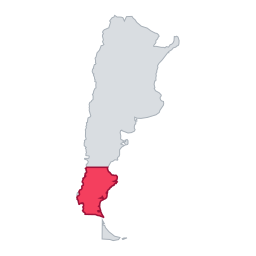 Santa Cruz highlighted on a map of Argentina
{"feature_id": "ARG-1271", "entity_name": "Santa Cruz", "entity_type": "Province", "adm_level": 1, "iso_a3": "ARG", "parent_name": "Argentina", "parent_adm1": "", "projection": "mercator", "projection_center": [-69.587, -49.195], "detail": "fine", "context": "in_parent", "style": "filled", "palette": "rose", "viewbox_px": 256, "rotation_deg": 0, "n_neighbors": 0, "source": "natural_earth", "source_scale": "10m", "svg_char_len": 8481}
<svg xmlns="http://www.w3.org/2000/svg" viewBox="0 0 256 256"><path d="M158.9,63.4L157.5,65.8L157.9,67.4L156.6,71.2L156.9,71.9L155.9,73.8L156.3,75.7L155.8,77.7L156.0,80.1L155.6,80.8L154.7,81.0L154.1,84.4L154.9,87.7L154.2,88.3L155.4,90.7L159.2,92.8L161.2,95.0L161.2,95.9L160.2,97.3L160.1,98.4L160.7,100.0L161.6,100.9L163.5,101.5L163.7,103.7L163.4,105.2L160.0,110.2L159.2,112.5L156.0,114.8L147.5,117.4L140.9,118.4L137.1,118.2L134.6,117.2L134.8,120.1L136.1,121.0L135.4,121.0L135.9,121.5L135.7,124.0L134.9,124.4L134.3,126.5L134.3,128.2L135.1,129.7L134.3,131.2L131.4,132.6L128.0,133.0L121.7,130.6L121.9,130.2L121.6,130.1L120.6,130.6L120.1,132.6L120.8,135.8L120.6,138.5L121.0,139.5L123.3,140.5L123.1,141.6L123.9,141.8L125.5,141.5L125.7,140.6L124.9,140.3L127.1,139.5L128.0,140.7L128.0,143.6L127.6,144.4L125.9,144.9L125.4,144.8L124.4,142.7L123.6,142.3L121.1,143.4L120.8,144.0L124.4,145.5L121.7,147.1L119.6,149.8L119.6,154.8L119.1,156.2L117.6,157.6L117.3,158.5L117.8,159.1L117.6,160.1L114.8,159.8L112.8,161.3L110.9,161.9L107.6,167.7L108.0,170.6L111.8,174.9L116.5,176.0L117.1,177.4L116.9,179.1L116.4,180.1L114.6,181.1L116.1,181.1L116.8,182.0L108.2,189.8L107.1,192.1L106.6,197.0L105.9,198.0L104.2,198.9L103.0,197.9L102.1,196.1L102.1,197.6L100.5,198.1L102.4,198.2L103.3,199.4L100.7,201.2L99.9,202.8L99.6,205.1L98.5,206.4L99.3,206.1L100.1,210.7L98.0,211.0L100.5,211.7L103.5,217.0L103.2,217.4L103.1,216.9L95.4,214.5L85.1,214.1L85.2,213.4L82.9,210.6L83.4,208.6L83.0,206.9L83.5,205.4L83.2,203.6L82.3,203.0L79.0,204.0L77.2,199.1L77.4,196.4L76.9,194.8L77.4,192.6L79.1,192.5L79.6,190.3L81.8,188.6L81.8,186.4L83.1,185.2L83.4,184.2L82.3,181.5L83.2,178.5L85.4,176.3L85.3,173.5L86.5,172.2L85.6,168.5L86.8,167.0L86.2,166.2L86.3,164.2L87.5,163.8L88.3,161.7L87.0,159.9L84.7,159.3L84.6,158.4L88.7,158.3L89.3,156.8L89.0,156.0L85.9,155.6L85.9,153.6L86.6,152.3L86.0,151.1L86.2,149.9L85.4,148.2L86.2,147.4L84.2,145.7L84.2,142.8L84.7,142.0L84.4,140.5L86.2,139.1L85.4,136.3L85.6,131.2L85.3,129.8L86.4,127.7L85.9,126.3L86.7,125.3L86.4,122.7L87.3,122.5L88.0,118.0L90.3,116.8L90.8,115.9L89.2,110.4L89.4,108.3L89.1,107.4L89.5,106.2L89.1,104.4L89.8,102.4L91.4,101.5L91.5,100.8L93.1,99.4L93.1,96.0L92.4,94.3L93.2,93.7L93.7,91.1L95.0,88.4L96.0,87.9L95.8,84.8L96.2,82.1L94.8,81.6L95.1,79.6L94.6,79.2L94.4,77.1L93.5,75.3L93.4,74.5L93.9,74.0L92.9,73.3L92.2,71.6L92.4,70.1L92.6,69.1L93.6,68.3L93.4,67.6L94.4,64.5L95.5,64.4L96.0,63.3L95.4,62.7L95.6,60.9L95.1,58.2L96.1,56.9L97.0,52.9L99.5,50.1L101.2,45.6L102.5,45.5L103.9,44.5L102.5,41.7L103.4,39.8L102.4,36.0L102.7,34.6L103.5,33.8L102.6,32.3L102.9,31.2L104.2,29.8L108.8,27.8L110.6,22.0L109.6,21.0L112.1,17.7L113.9,17.1L114.7,15.4L117.0,17.0L121.0,17.1L122.9,17.7L124.4,21.1L126.5,16.6L132.0,16.4L133.1,18.1L135.2,19.9L136.7,22.3L141.3,26.2L147.2,28.1L150.8,30.8L155.0,33.0L157.1,33.5L158.7,35.1L159.1,36.3L158.2,37.2L157.5,39.0L156.3,40.0L155.8,41.1L155.9,42.6L153.7,45.5L153.8,46.5L156.0,46.3L161.5,47.4L164.1,47.4L164.9,47.9L166.3,46.6L168.6,47.1L170.1,44.8L171.6,44.3L173.2,42.7L174.0,40.7L174.3,36.5L175.2,36.8L176.7,36.2L178.0,37.1L179.1,40.6L178.9,44.0L178.3,45.4L176.6,46.2L175.8,47.1L173.2,47.9L171.8,49.7L168.6,51.7L168.8,52.7L167.7,52.7L162.3,59.8L158.9,63.4ZM102.1,239.0L102.3,219.9L104.3,223.6L103.3,223.3L103.0,225.1L104.7,225.5L105.5,227.7L109.1,231.9L114.6,236.2L120.0,237.5L118.5,239.6L113.2,240.6L110.0,239.5L102.1,239.0ZM122.2,238.8L123.8,238.0L127.0,237.9L122.8,239.5L122.2,238.8ZM136.8,119.4L136.8,120.0L135.9,119.0L136.8,119.4Z" fill="#d9dde1" stroke="#a8b0b8" stroke-width="1"/><path d="M85.4,176.6L85.6,176.5L85.7,176.3L85.7,176.1L85.6,175.9L85.5,175.7L85.0,175.4L84.9,175.3L85.0,175.1L85.3,174.9L85.1,174.4L85.2,173.9L85.3,173.7L85.2,173.5L85.2,173.4L85.3,173.3L85.7,173.3L85.8,173.2L86.1,172.8L86.4,172.7L86.6,172.5L86.6,172.3L86.5,171.7L86.6,171.3L86.6,171.2L86.2,170.3L86.2,170.0L86.2,169.4L86.2,169.2L85.4,168.5L85.4,168.4L85.5,168.3L86.0,168.3L86.1,168.2L86.4,167.8L86.8,167.3L107.7,167.3L107.5,168.1L107.4,168.6L107.7,169.7L107.9,170.3L108.5,171.6L108.9,172.0L109.3,172.1L109.5,172.3L109.6,172.5L109.9,172.5L110.0,172.6L110.1,172.8L110.2,173.0L110.5,173.5L111.2,174.2L111.5,174.7L111.7,174.9L112.2,175.1L112.4,175.1L112.6,175.2L112.8,175.1L113.2,175.1L113.5,175.3L113.8,175.2L113.9,175.3L114.8,175.5L115.3,175.4L115.6,175.3L115.9,175.3L116.2,175.5L116.4,175.5L116.5,175.7L116.6,175.9L117.1,176.4L117.0,176.5L117.3,177.4L117.2,177.9L117.1,178.7L116.6,180.4L116.5,180.5L116.3,180.5L115.6,180.4L115.3,180.8L114.7,181.1L114.4,181.3L113.8,181.4L114.0,181.5L114.2,181.4L114.6,181.2L115.0,181.1L115.5,180.8L115.7,180.7L115.9,180.6L116.3,180.7L116.4,180.8L116.5,181.5L117.0,181.7L116.9,181.8L117.0,182.0L116.6,182.1L116.3,181.9L116.2,182.0L116.0,182.3L116.1,182.5L115.9,182.8L116.0,182.9L116.1,183.0L116.3,183.0L116.2,183.3L116.0,183.2L115.9,183.2L115.5,183.3L115.2,183.4L115.1,183.5L115.0,183.8L114.6,184.0L114.4,184.3L114.2,184.4L114.2,184.5L114.0,184.9L114.0,185.1L113.5,185.1L113.4,185.2L113.4,185.3L113.4,185.5L113.2,185.6L112.4,185.7L112.2,185.9L111.9,186.1L111.6,186.4L111.5,186.6L111.4,186.7L111.3,187.0L111.1,187.1L110.7,187.1L110.4,187.4L110.1,187.6L109.9,187.8L109.9,188.2L109.7,188.4L109.6,188.8L109.4,189.0L109.0,189.1L108.6,189.4L107.8,190.3L107.7,190.5L107.6,191.0L107.4,191.2L107.4,191.4L107.5,191.4L107.5,191.6L107.3,191.7L107.2,191.9L107.2,192.1L107.0,192.3L106.9,192.3L107.0,192.6L106.7,192.8L106.8,192.9L106.8,193.0L106.7,193.1L106.4,193.2L106.5,193.3L106.9,193.2L107.1,193.1L107.1,192.8L107.1,192.6L107.2,192.3L107.4,192.1L107.5,192.3L107.5,192.7L107.3,193.1L107.0,194.4L107.0,195.5L106.9,196.3L106.7,197.1L106.4,197.7L106.0,198.1L105.1,198.8L104.6,199.0L104.2,199.1L103.7,199.0L103.6,198.8L103.5,198.7L103.3,198.5L103.1,197.9L102.8,197.6L102.7,197.4L102.6,197.0L102.4,196.8L102.1,196.2L101.9,196.0L101.7,195.9L102.0,196.1L102.1,196.4L102.4,197.0L102.5,197.3L102.5,197.5L102.3,197.7L102.0,197.8L101.9,197.9L101.7,197.8L101.4,197.8L101.0,197.8L100.8,197.9L100.6,198.0L100.3,198.1L100.8,198.2L101.0,198.0L101.2,197.9L101.6,197.9L102.1,198.0L102.5,197.9L102.7,198.1L102.8,198.2L102.9,198.6L103.0,198.7L103.2,199.0L103.4,199.0L103.5,199.1L103.7,199.3L103.5,199.5L103.3,199.7L101.7,200.4L101.4,200.5L101.2,200.7L101.0,200.9L100.9,201.0L100.5,201.5L100.0,202.6L100.0,203.0L99.7,203.6L99.6,204.1L99.7,204.4L99.7,204.9L99.7,205.2L99.7,205.4L99.3,205.6L99.0,206.0L98.6,206.3L98.4,206.6L98.3,206.9L98.9,206.3L99.4,206.0L99.5,206.0L99.6,206.3L99.8,207.7L99.8,207.9L99.9,208.1L100.0,208.4L100.0,208.8L100.6,210.3L100.6,210.6L100.6,210.8L100.3,210.8L100.1,210.8L99.8,211.1L99.5,211.1L98.9,210.8L98.4,210.7L98.2,210.9L97.8,210.9L97.6,211.1L97.2,211.3L98.3,211.0L98.6,211.0L98.8,211.0L99.6,211.4L99.5,211.5L99.2,211.8L99.3,211.8L99.9,211.5L100.2,211.2L100.4,211.2L100.5,211.3L100.7,211.5L101.0,212.4L101.3,212.8L101.6,213.7L102.0,214.5L103.6,217.0L103.6,217.3L103.4,217.5L103.2,217.6L103.3,217.5L103.2,217.3L103.2,217.0L103.2,216.9L102.6,216.8L102.3,216.6L101.3,216.5L100.3,215.9L99.3,215.6L97.9,215.5L95.5,214.5L85.4,214.3L85.1,214.2L85.2,213.8L85.2,213.6L85.2,213.3L85.0,213.1L84.6,212.6L84.2,212.3L84.0,212.1L83.5,211.9L83.4,211.9L83.3,211.7L83.3,211.2L83.1,211.0L82.7,210.9L82.6,210.7L82.8,210.5L83.1,210.1L83.1,209.8L83.3,209.5L83.3,209.4L83.3,208.7L83.6,208.2L83.5,207.9L83.2,207.7L82.9,207.2L82.9,206.9L83.2,206.5L83.4,206.4L83.5,206.2L83.6,205.8L83.6,205.1L83.6,204.8L83.5,204.6L83.2,204.2L83.4,203.4L83.0,203.1L82.4,202.9L82.1,203.0L81.8,203.5L81.5,203.5L81.4,203.4L81.2,203.1L80.3,203.5L80.1,203.6L79.8,204.0L79.5,204.2L79.3,204.3L79.1,204.3L78.9,204.1L78.9,203.9L78.9,203.5L78.8,203.2L78.6,202.8L78.5,202.7L78.5,202.1L78.4,201.5L78.4,201.0L78.4,200.8L78.2,200.2L77.7,199.8L77.1,199.2L77.1,198.8L77.3,198.3L77.4,198.2L77.2,197.9L76.9,197.5L76.9,197.4L77.0,197.2L77.1,196.9L77.3,196.6L77.4,196.4L77.4,196.2L78.8,195.6L79.5,194.5L79.5,193.9L79.4,193.5L79.2,193.3L79.3,192.6L79.3,192.3L79.0,192.2L78.9,192.1L78.9,191.9L78.9,191.7L79.3,191.2L79.3,190.8L79.4,190.6L79.8,190.1L80.0,189.9L80.7,189.7L80.9,189.7L81.1,189.5L81.8,188.8L81.9,188.5L82.0,188.3L82.0,188.0L81.9,187.2L81.8,186.8L81.8,186.4L82.0,185.9L82.4,185.6L82.7,185.5L82.8,185.4L83.0,185.1L83.3,185.1L83.3,184.6L83.4,184.0L83.2,183.1L83.0,182.9L82.9,182.8L82.9,182.6L82.5,182.4L82.3,182.2L82.2,182.0L82.2,181.8L82.4,181.3L82.6,180.5L83.1,179.6L83.2,179.4L83.3,178.7L83.0,178.4L83.1,178.2L83.3,178.0L83.5,178.0L83.9,178.0L84.0,178.0L84.1,177.9L84.7,177.2L84.8,177.0L84.8,176.8L84.7,176.4L84.8,176.3L85.2,176.5L85.4,176.6Z" fill="#f43f5e" stroke="#9f1239" stroke-width="1.5"/></svg>